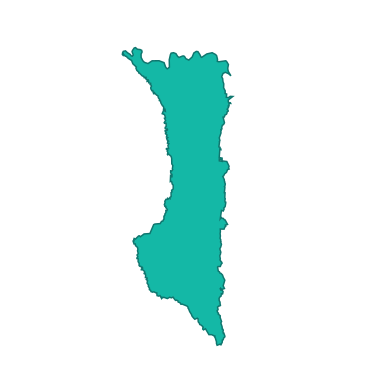 the district of Parácuaro, Michoacán, Mexico, rotated 163°
{"feature_id": "50627088B31611248449826", "entity_name": "Parácuaro", "entity_type": "district", "adm_level": 2, "iso_a3": "MEX", "parent_name": "Mexico", "parent_adm1": "Michoacán", "projection": "equal_earth", "projection_center": [-102.195, 19.07], "detail": "fine", "context": "isolated", "style": "filled", "palette": "teal", "viewbox_px": 384, "rotation_deg": 163, "n_neighbors": 0, "source": "geoboundaries", "source_scale": "gbopen_adm2", "svg_char_len": 6066}
<svg xmlns="http://www.w3.org/2000/svg" viewBox="0 0 384 384"><g transform="rotate(163 192 192)"><path d="M218.4,343.9L217.9,342.8L217.3,343.5L217.3,342.8L216.8,342.8L216.1,341.4L215.2,340.9L213.9,338.4L211.3,335.4L211.1,331.9L208.7,327.8L209.4,326.8L209.2,324.4L207.9,322.2L208.1,321.4L207.4,321.0L205.6,317.5L204.4,316.8L204.3,315.3L202.5,315.1L202.6,314.4L203.2,314.2L202.7,312.9L201.2,312.1L201.5,311.4L202.1,311.7L202.6,310.9L201.1,310.7L201.5,309.1L199.8,308.0L200.6,307.0L199.9,306.2L199.8,305.1L200.8,304.1L201.2,302.7L200.7,300.5L199.9,300.4L200.0,298.7L199.2,298.3L200.0,297.3L199.7,297.0L198.8,297.5L197.5,295.0L196.5,294.1L196.6,291.8L195.9,290.1L196.5,289.0L195.6,288.3L195.7,286.1L195.0,283.0L194.4,282.4L194.4,280.7L195.0,279.6L193.6,279.1L193.9,277.0L195.3,278.4L197.6,275.6L195.9,274.3L195.6,273.2L195.7,270.7L196.8,270.6L196.3,268.1L198.3,266.5L198.2,265.7L196.7,265.3L197.6,262.1L198.7,261.7L199.1,260.4L198.0,259.4L197.4,259.6L197.2,258.8L197.8,258.2L199.8,258.4L199.9,257.3L199.2,256.4L200.3,255.5L199.2,253.8L200.4,252.1L199.3,251.1L200.6,250.5L200.4,248.6L200.0,248.6L199.6,247.5L200.3,247.4L201.2,245.9L200.0,245.1L201.4,243.6L201.7,240.4L203.7,241.0L204.0,240.7L203.0,239.0L203.8,238.4L203.5,236.8L204.5,235.2L204.4,234.7L203.2,235.0L201.6,232.2L201.6,230.2L203.1,224.8L202.6,222.9L204.0,219.9L203.9,219.1L205.3,218.0L206.2,218.5L206.7,217.0L206.6,215.6L206.0,214.8L206.9,211.8L207.0,213.9L207.6,214.2L209.7,208.3L208.9,208.4L208.4,207.6L208.6,205.4L208.0,204.0L209.1,200.4L211.0,199.6L211.2,197.9L212.2,197.6L213.3,193.7L214.5,193.4L214.9,192.1L215.5,192.8L216.9,192.2L217.3,193.0L217.8,192.2L219.0,192.6L220.7,191.1L220.8,189.9L222.2,187.9L221.9,186.7L222.1,186.2L221.3,185.9L221.6,184.8L220.7,182.5L221.3,181.6L222.4,182.0L222.9,180.0L224.1,179.2L224.9,177.6L225.9,177.1L226.8,174.1L227.6,173.7L228.4,172.7L229.8,172.8L231.6,171.1L236.8,172.2L238.2,172.0L244.4,164.6L250.1,165.9L254.4,164.3L255.0,165.4L255.9,165.6L259.9,163.5L260.9,164.5L261.6,163.6L261.7,162.3L262.7,162.3L262.6,159.2L261.4,158.9L261.7,157.2L260.3,154.9L260.5,153.0L261.3,151.7L261.4,148.8L263.0,147.8L262.6,146.2L264.1,144.9L264.0,144.4L263.2,144.4L263.0,143.9L263.9,141.1L263.4,139.2L264.1,137.1L263.6,136.2L262.7,135.9L262.3,134.6L261.5,134.5L261.5,133.6L263.1,132.9L263.2,132.4L262.0,132.2L260.6,129.9L260.7,129.0L261.6,128.2L261.5,127.8L260.7,128.0L260.5,127.3L260.8,125.4L261.6,123.8L260.1,122.9L260.3,122.2L261.3,121.6L260.4,120.4L261.6,118.0L260.8,115.8L261.4,114.6L260.8,112.5L261.3,111.1L260.4,110.0L260.3,108.7L258.9,107.7L257.6,107.7L256.0,106.1L255.2,105.9L255.7,103.1L254.3,102.2L252.9,102.3L252.2,99.1L251.4,100.0L251.1,99.4L249.8,99.6L246.7,97.3L244.1,97.9L242.7,96.8L240.9,97.0L239.8,93.8L239.3,93.1L238.6,93.2L237.3,92.1L237.4,90.8L235.9,89.7L235.4,87.9L234.1,87.6L230.2,84.5L229.5,83.2L229.7,81.8L229.4,81.2L229.2,78.3L228.4,75.4L228.2,73.1L227.1,70.5L226.5,69.5L223.9,69.8L223.3,69.0L224.0,66.0L223.4,64.6L223.3,63.0L222.3,62.2L221.1,60.3L220.9,59.4L221.4,58.9L221.8,57.7L221.3,56.8L219.1,57.3L217.5,50.6L214.9,49.8L212.3,47.5L212.8,47.2L212.4,45.8L212.4,41.6L212.9,39.9L212.8,38.1L209.5,38.3L209.4,37.7L209.0,37.4L207.0,39.5L206.3,41.5L205.5,41.5L204.1,43.4L203.0,43.8L202.7,44.5L202.8,47.7L203.3,47.7L203.2,49.4L202.5,50.7L202.6,51.7L203.1,51.9L202.6,54.5L202.7,58.0L202.6,58.5L201.6,59.4L201.8,63.7L201.2,65.4L202.6,67.6L202.1,68.3L202.8,69.7L202.6,71.3L201.5,71.8L201.2,74.5L199.6,75.2L198.8,74.9L197.9,75.3L197.8,77.0L197.4,78.5L197.7,80.3L197.2,82.4L195.4,83.9L194.7,83.9L194.2,85.0L193.2,85.5L193.4,86.1L192.4,85.8L191.4,87.7L191.9,89.2L193.1,89.7L193.3,91.3L192.8,91.7L192.0,90.1L189.2,90.2L189.6,93.2L186.4,98.1L187.0,101.2L187.1,103.7L188.1,105.7L189.0,106.4L189.1,107.6L190.0,108.6L189.5,112.7L189.0,113.1L186.7,112.5L185.2,114.4L184.0,115.2L184.2,116.5L184.8,117.1L184.7,117.7L185.1,118.9L184.5,119.7L184.1,122.9L182.7,124.6L182.5,125.8L182.0,126.0L182.1,129.5L180.6,131.0L179.1,133.4L179.2,135.4L178.9,136.0L179.2,136.1L178.5,137.7L178.7,139.6L177.7,141.6L177.3,144.0L176.5,145.6L175.8,148.3L172.2,147.1L171.0,148.7L169.7,149.4L169.8,150.6L167.5,150.6L168.5,155.6L169.2,156.0L169.8,157.6L170.9,158.0L171.4,159.1L172.8,158.1L169.2,165.8L167.7,164.7L166.4,166.1L166.2,167.4L164.6,168.3L162.9,171.7L162.7,172.4L163.3,172.7L163.0,174.4L162.2,175.8L162.3,177.0L160.6,181.6L161.3,181.9L161.0,182.5L159.2,186.7L159.4,187.6L159.0,187.7L157.8,190.0L158.0,191.5L157.7,191.8L157.8,193.1L157.5,194.4L158.0,197.9L157.0,198.2L155.4,199.9L153.3,200.7L151.5,203.0L149.8,203.1L150.0,204.4L149.1,205.6L149.1,206.4L149.8,211.0L154.0,212.9L154.1,212.4L156.8,213.8L156.3,215.4L153.8,214.0L153.7,214.3L153.3,215.6L155.9,217.0L152.9,224.7L152.0,224.0L151.8,224.6L152.6,225.4L152.1,226.5L153.1,227.3L151.1,231.7L151.2,232.0L150.3,233.0L150.1,235.8L147.0,240.0L146.7,241.5L146.0,242.5L146.1,243.3L144.9,243.6L144.7,245.1L143.5,246.9L142.1,247.3L140.7,248.7L140.4,254.5L139.1,254.3L138.1,255.9L136.3,256.3L135.5,257.2L135.2,258.2L133.7,258.8L133.6,259.8L134.2,260.9L132.4,262.2L132.2,263.6L131.4,263.5L130.7,266.0L129.1,265.4L129.2,266.1L129.9,266.1L131.0,267.5L130.4,269.4L125.1,271.4L127.5,272.3L129.5,271.6L131.5,272.5L130.2,275.5L131.5,276.5L130.7,279.1L131.3,282.4L130.0,286.1L130.1,288.6L129.5,291.6L130.0,293.4L127.7,296.3L125.1,296.7L122.5,294.5L120.8,291.7L121.9,296.0L122.0,297.7L121.6,300.0L119.9,303.2L120.6,306.2L121.3,307.6L128.2,308.7L129.6,309.5L128.8,311.5L128.6,315.2L129.3,316.6L132.0,319.3L137.5,319.7L143.4,317.9L143.9,318.4L144.3,321.1L145.3,324.5L146.8,325.2L149.6,324.4L152.3,321.1L156.5,319.1L158.9,321.3L159.5,323.7L160.1,324.5L161.3,324.8L165.1,324.5L166.1,325.9L166.9,329.0L168.9,330.6L171.3,330.9L172.4,329.8L175.1,325.1L177.1,318.0L179.4,317.0L180.0,317.4L180.7,319.2L180.9,323.9L185.2,327.2L191.8,329.1L196.5,327.7L199.6,329.9L200.7,332.0L201.3,335.6L200.4,338.7L198.8,340.5L198.7,342.2L200.0,343.4L202.5,344.5L203.8,346.6L205.2,346.6L207.6,344.7L208.3,343.7L208.1,340.2L209.4,339.3L210.3,339.9L210.8,341.5L213.0,344.1L214.3,346.4L216.6,346.6L217.7,345.4L218.4,343.9Z" fill="#14b8a6" stroke="#0f766e" stroke-width="1.5"/></g></svg>